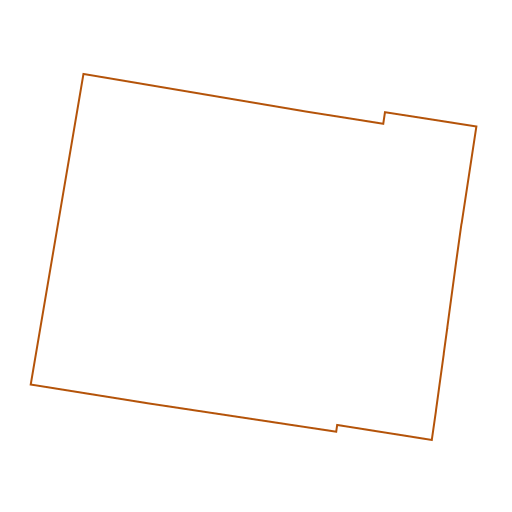 Harrison, Missouri, United States of America (Albers equal-area conic projection), rotated 99°
{"feature_id": "52423323B2822402120126", "entity_name": "Harrison", "entity_type": "district", "adm_level": 2, "iso_a3": "USA", "parent_name": "United States of America", "parent_adm1": "Missouri", "projection": "albers", "projection_center": [-93.959, 40.355], "detail": "fine", "context": "isolated", "style": "outline", "palette": "amber", "viewbox_px": 512, "rotation_deg": 99, "n_neighbors": 0, "source": "geoboundaries", "source_scale": "gbopen_adm2", "svg_char_len": 513}
<svg xmlns="http://www.w3.org/2000/svg" viewBox="0 0 512 512"><g transform="rotate(99 256 256)"><path d="M418.2,458.4L418.4,339.1L417.0,149.3L410.2,149.4L410.2,53.6L381.7,54.0L379.5,54.1L364.1,54.4L355.3,54.6L324.4,55.2L323.8,55.2L322.7,55.3L313.6,55.5L298.6,55.8L298.2,55.9L297.6,55.7L296.6,55.9L295.7,55.9L279.1,56.3L270.2,56.5L243.4,57.1L230.6,57.4L198.7,58.0L192.5,58.1L191.2,58.0L93.6,58.6L93.8,151.1L105.5,151.0L105.5,229.5L103.2,454.9L418.2,458.4Z" fill="none" stroke="#b45309" stroke-width="2"/></g></svg>